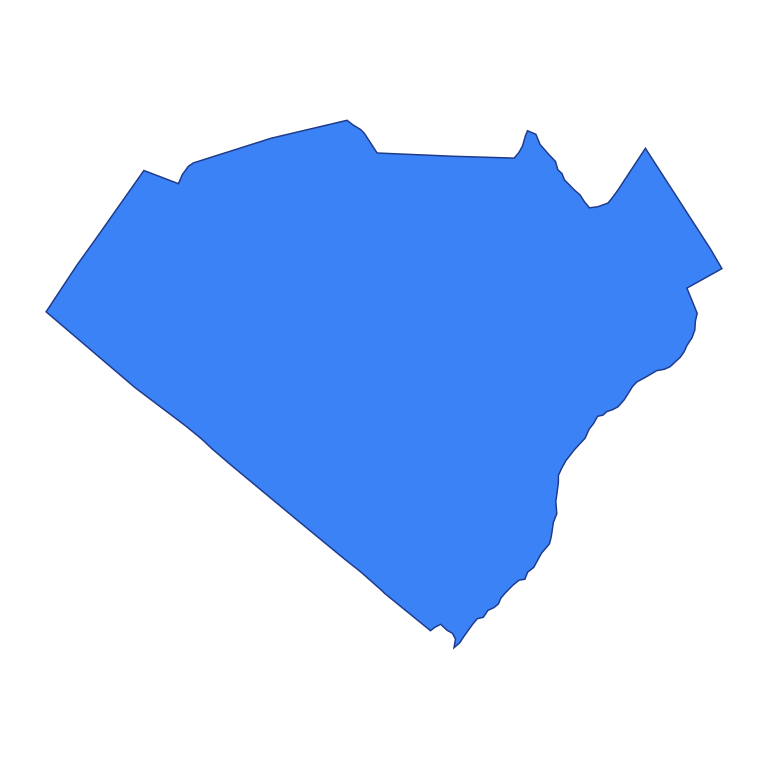 outline of Loanda, Paraná, Brazil
{"feature_id": "56859067B78074761196473", "entity_name": "Loanda", "entity_type": "district", "adm_level": 2, "iso_a3": "BRA", "parent_name": "Brazil", "parent_adm1": "Paraná", "projection": "natural_earth1", "projection_center": [-53.011, -22.972], "detail": "fine", "context": "isolated", "style": "filled", "palette": "blue", "viewbox_px": 768, "rotation_deg": 0, "n_neighbors": 0, "source": "geoboundaries", "source_scale": "gbopen_adm2", "svg_char_len": 1497}
<svg xmlns="http://www.w3.org/2000/svg" viewBox="0 0 768 768"><path d="M710.7,249.4L645.4,148.3L617.7,190.4L611.9,198.3L607.9,203.1L597.5,206.8L589.5,207.8L584.6,202.0L580.1,195.0L574.2,189.8L564.4,179.8L562.0,173.6L557.8,169.7L555.5,161.5L548.3,153.9L540.0,144.4L535.9,134.3L527.5,130.7L525.5,135.6L522.4,146.3L518.8,152.6L514.2,158.1L454.2,156.3L377.1,153.0L364.4,133.4L360.6,129.5L353.4,125.2L347.0,120.3L271.2,138.2L193.4,162.9L188.3,166.4L182.4,174.5L178.4,183.7L143.9,170.5L93.2,242.5L77.2,264.7L46.1,311.8L135.1,387.7L184.6,425.1L197.3,435.4L202.4,439.7L211.2,448.0L215.4,451.7L230.2,464.4L298.4,521.1L343.8,558.5L360.7,571.9L376.2,585.6L381.3,590.1L384.9,593.6L430.5,630.7L434.8,627.3L440.7,624.3L447.1,630.3L452.4,633.3L455.5,639.1L454.0,647.7L459.9,642.6L463.9,636.4L469.8,628.2L473.1,623.6L477.3,618.7L483.3,617.3L488.0,610.3L494.0,607.6L498.4,603.9L500.9,598.1L505.0,593.2L513.2,584.9L519.1,580.2L524.9,579.2L527.6,572.2L533.8,567.3L536.7,561.9L541.5,553.2L549.4,543.9L550.9,538.2L551.9,532.6L553.3,522.6L556.8,513.7L555.8,501.5L557.1,492.4L558.4,482.4L558.4,475.4L561.9,467.8L566.0,460.5L574.2,450.0L579.0,444.7L585.1,438.2L589.0,429.4L593.7,423.3L597.6,416.3L603.0,415.1L606.6,411.7L612.7,409.6L618.0,406.8L624.2,399.8L632.6,386.4L636.9,381.9L646.8,376.5L656.8,370.6L664.2,369.3L670.1,366.7L676.0,361.2L680.3,357.2L684.1,351.8L686.9,345.6L692.0,337.7L694.8,330.1L695.4,321.1L697.2,313.3L686.9,288.1L721.9,268.6L710.7,249.4Z" fill="#3b82f6" stroke="#1e3a8a" stroke-width="1.5"/></svg>